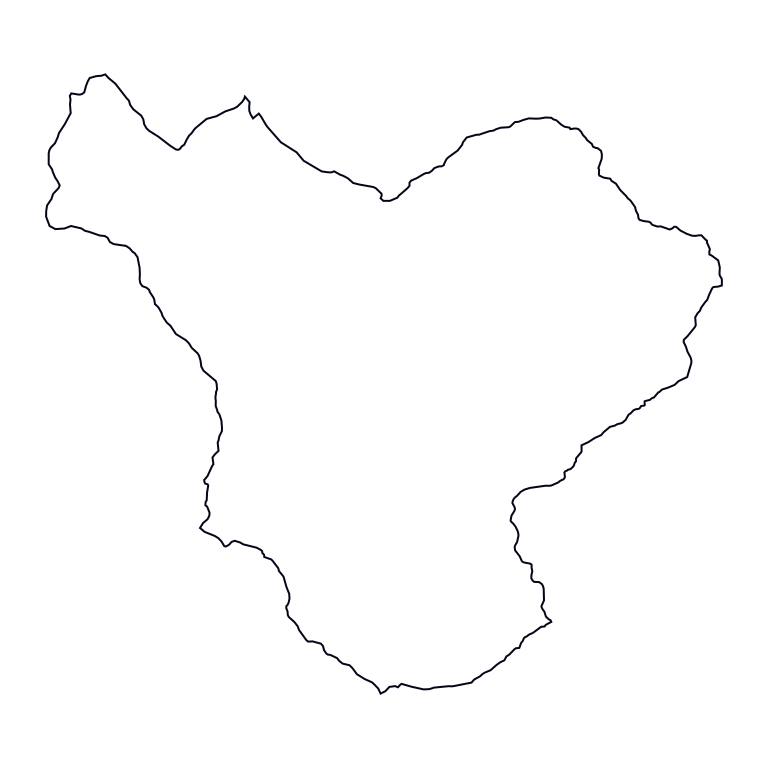 outline of Sombey, Ha, Bhutan
{"feature_id": "84629894B88569366969401", "entity_name": "Sombey", "entity_type": "district", "adm_level": 2, "iso_a3": "BTN", "parent_name": "Bhutan", "parent_adm1": "Ha", "projection": "mercator", "projection_center": [89.094, 27.205], "detail": "fine", "context": "isolated", "style": "outline", "palette": "ink", "viewbox_px": 768, "rotation_deg": 0, "n_neighbors": 0, "source": "geoboundaries", "source_scale": "gbopen_adm2", "svg_char_len": 6069}
<svg xmlns="http://www.w3.org/2000/svg" viewBox="0 0 768 768"><path d="M155.0,304.2L157.0,305.9L158.7,307.8L161.5,312.8L162.5,315.9L164.3,318.9L167.0,322.8L170.4,325.7L175.9,334.0L186.0,340.3L189.0,343.4L191.7,347.8L197.8,353.5L199.1,355.8L200.5,360.5L201.3,366.6L203.5,370.7L215.8,381.1L216.6,383.8L217.1,389.4L216.0,392.1L216.0,393.9L215.5,396.3L215.5,399.1L215.8,400.4L215.7,406.0L217.3,410.4L217.4,411.6L219.4,414.4L221.4,420.5L222.0,427.9L221.9,431.2L219.4,436.1L218.4,440.9L217.7,442.4L218.5,450.9L215.1,454.1L212.5,457.4L213.4,464.2L212.1,466.1L207.5,476.1L204.2,480.0L204.4,481.9L205.2,483.6L207.7,484.3L208.2,485.7L207.1,492.3L206.7,500.3L205.6,502.1L205.4,505.3L207.0,506.5L207.8,508.2L209.5,512.6L209.5,514.4L209.2,516.0L207.5,519.3L203.1,523.0L200.0,528.0L204.7,531.9L214.9,536.0L218.4,538.2L221.6,541.6L224.2,546.0L225.7,546.5L227.6,545.6L229.2,544.6L231.6,541.9L234.7,540.8L240.2,542.5L243.1,544.3L256.7,547.7L261.3,550.2L262.1,551.2L262.4,553.1L264.0,554.6L264.3,557.0L271.2,559.4L272.6,560.8L278.3,568.3L278.9,570.9L283.5,576.6L286.4,586.8L289.2,593.8L289.5,598.8L288.6,602.6L287.6,604.8L286.4,606.1L286.2,608.0L287.5,611.2L287.8,615.0L288.8,617.0L294.4,622.0L297.7,626.3L299.1,630.1L306.4,640.2L308.2,641.6L312.6,641.4L321.0,643.7L323.0,646.1L324.1,650.3L326.4,653.6L327.7,654.5L330.5,655.0L337.1,658.1L339.1,660.8L342.7,663.6L349.6,665.3L352.5,668.2L356.9,674.2L364.8,679.1L371.8,682.2L373.9,684.0L378.2,688.5L380.6,693.6L385.4,691.2L389.4,686.9L395.3,686.1L397.9,687.3L400.4,684.6L401.6,683.9L411.8,686.8L423.7,689.4L429.5,689.1L434.1,687.6L448.5,686.2L452.7,686.3L471.5,682.6L474.1,679.6L480.2,676.2L482.3,674.2L484.6,672.7L490.6,670.2L496.7,664.8L500.2,662.3L504.4,660.3L506.4,656.4L509.3,654.6L514.7,649.0L515.8,648.3L519.3,647.9L521.2,642.8L522.6,641.2L523.9,638.3L524.8,637.3L527.1,636.2L528.7,634.8L533.1,632.8L541.1,626.8L544.6,626.5L545.8,624.8L551.3,621.9L550.6,620.3L549.1,619.5L546.4,617.1L545.7,616.0L544.4,611.7L542.4,609.0L541.5,606.8L541.5,606.0L544.0,600.4L543.7,588.7L543.0,586.1L541.8,584.0L539.1,582.1L534.3,581.9L532.6,580.6L531.3,578.2L531.4,575.3L532.3,571.3L531.6,567.8L531.6,564.8L530.4,563.7L524.7,562.6L523.0,562.1L521.9,561.2L519.7,556.3L515.2,550.5L514.6,547.1L515.2,545.3L517.1,542.0L518.4,536.1L518.4,534.1L517.8,531.4L515.7,526.9L513.4,523.8L510.9,521.4L510.6,520.5L511.5,515.6L514.3,511.1L515.0,509.2L514.7,507.4L512.4,503.1L512.7,501.2L513.4,499.5L514.5,497.9L517.3,495.6L520.6,491.9L524.5,489.6L530.0,487.9L545.7,485.7L549.3,485.8L551.6,485.4L558.5,482.3L560.2,480.8L563.5,479.3L564.7,477.7L564.9,476.6L564.4,472.5L565.3,471.3L567.3,470.4L567.8,469.8L570.5,469.1L573.0,466.8L573.8,465.6L574.8,462.7L576.0,461.2L576.1,458.4L576.6,457.6L581.1,452.4L581.6,451.4L581.5,445.3L588.4,442.1L594.7,438.0L601.2,435.1L603.5,432.3L609.9,426.9L614.8,425.6L617.5,424.1L621.0,423.3L622.7,422.5L625.8,419.7L628.5,414.8L631.0,413.0L633.5,410.3L635.6,409.3L638.9,408.8L639.7,408.2L641.1,406.1L644.5,405.5L644.8,404.8L644.5,402.1L644.7,401.2L649.8,399.9L652.2,398.0L653.8,397.6L658.4,392.3L659.2,392.1L662.1,389.5L667.6,387.8L674.6,384.9L678.6,381.1L687.2,377.0L691.3,363.1L691.4,360.7L690.7,357.7L687.5,351.7L685.8,346.4L683.6,342.0L683.9,339.7L687.5,336.2L694.8,327.2L695.8,325.2L695.2,317.3L697.7,313.1L699.8,311.0L701.4,307.3L705.2,302.1L707.2,299.9L709.2,294.6L712.2,288.2L713.5,287.0L718.1,286.6L721.8,285.5L721.9,281.0L721.7,278.7L719.9,275.8L719.5,274.2L719.8,267.3L718.2,260.4L711.3,255.3L709.4,254.5L709.3,251.4L709.9,249.2L707.0,242.6L706.9,240.6L705.5,239.6L701.4,235.3L698.9,235.3L695.5,235.9L692.0,235.7L686.7,233.8L680.5,230.6L676.1,226.8L674.1,226.8L672.5,228.3L669.7,229.5L660.8,226.4L657.2,226.5L653.3,225.2L651.9,224.5L650.5,222.6L648.6,221.7L643.8,221.1L639.6,219.9L638.5,218.3L638.0,214.7L635.9,210.7L635.1,207.1L630.6,200.7L627.8,198.3L626.2,196.1L620.1,189.9L616.0,183.7L611.6,180.9L610.2,178.7L603.6,177.6L599.4,175.6L598.9,174.4L599.1,169.5L598.4,168.2L601.7,158.7L601.9,154.6L601.1,151.0L600.6,150.5L597.7,148.2L595.7,147.9L593.0,146.7L591.9,144.0L587.0,140.0L585.8,138.0L582.9,135.0L581.2,131.9L578.6,129.2L576.8,128.6L574.8,128.5L570.4,129.1L569.7,127.7L564.5,126.7L561.2,124.6L556.5,120.4L553.1,119.2L551.4,117.8L545.6,117.5L539.8,118.5L536.1,118.7L528.9,118.4L523.5,119.9L518.5,121.8L514.9,122.1L510.3,126.5L508.6,127.2L500.8,127.7L496.3,129.1L493.5,130.6L489.4,131.2L479.0,134.7L476.2,134.8L466.7,137.5L463.0,142.2L462.1,144.9L457.6,150.6L448.1,157.5L446.4,159.3L444.3,163.5L443.8,165.2L441.6,166.3L438.5,166.5L434.3,168.1L431.9,170.8L429.1,172.7L425.6,173.2L423.8,174.0L416.9,178.1L411.0,180.7L409.5,182.7L409.5,185.8L407.5,188.2L398.7,195.8L397.4,197.7L389.8,200.9L383.4,200.9L380.6,198.3L381.7,195.6L381.5,193.7L375.7,188.1L373.2,187.0L359.2,184.5L353.2,183.0L347.9,178.3L343.2,175.8L339.9,174.6L334.1,171.3L331.8,172.3L327.9,172.3L321.7,171.4L303.7,160.8L296.6,152.3L280.9,142.3L267.9,127.5L265.9,124.8L261.3,116.9L258.8,113.6L253.0,118.4L250.7,114.6L249.3,110.9L249.2,106.7L249.6,102.2L244.9,96.6L244.1,99.1L242.0,102.1L237.1,106.8L233.9,108.5L225.3,111.4L216.5,116.2L206.6,118.9L194.9,128.6L191.5,133.3L189.1,135.6L186.8,139.4L184.2,144.8L182.1,146.1L179.5,149.3L177.9,149.8L175.8,149.4L170.4,145.9L158.3,136.6L149.1,130.8L146.4,128.2L144.2,124.3L143.3,119.4L141.3,115.7L133.3,109.3L130.2,105.0L128.9,100.6L126.7,98.3L115.3,83.6L108.4,77.9L105.3,74.4L101.5,75.7L96.0,76.2L89.7,78.0L87.8,81.3L86.0,85.9L84.3,92.3L82.1,94.0L80.4,94.5L78.8,94.6L71.3,93.4L69.8,95.9L70.5,99.4L70.0,104.7L70.7,113.1L64.9,124.0L58.9,133.2L57.9,136.8L55.0,143.2L50.9,147.5L49.4,150.1L48.7,153.3L48.7,164.3L52.1,169.4L52.9,172.2L55.1,177.4L57.6,181.2L59.7,185.4L58.6,188.1L53.1,193.9L51.4,199.1L47.1,205.4L46.2,211.0L46.1,216.7L49.6,226.0L55.4,229.1L64.5,228.5L71.0,226.0L81.3,228.4L85.2,230.9L89.1,231.8L99.7,235.5L104.7,236.0L107.6,237.8L109.9,242.0L113.7,244.1L126.0,245.9L129.6,248.3L132.6,251.8L134.6,253.1L137.5,257.1L139.6,267.8L139.9,274.7L139.6,279.2L140.3,283.2L142.3,286.1L146.5,287.7L148.8,289.6L149.6,290.9L149.7,291.9L153.1,297.0L154.2,299.3L155.0,304.2Z" fill="none" stroke="#020617" stroke-width="2"/></svg>